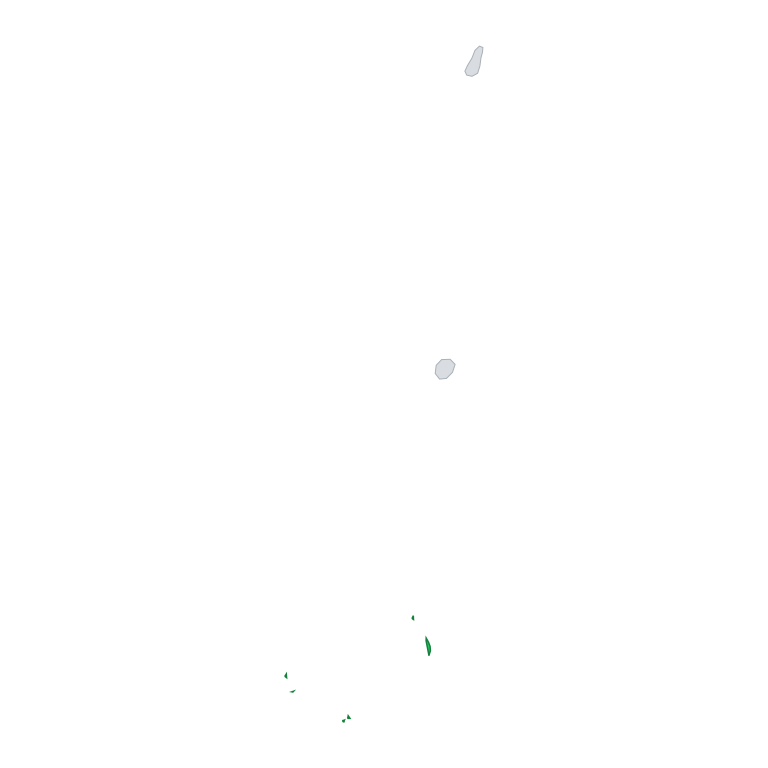 Thaa highlighted on a map of Maldives
{"feature_id": "MDV-5238", "entity_name": "Thaa", "entity_type": "Atoll", "adm_level": 1, "iso_a3": "MDV", "parent_name": "Maldives", "parent_adm1": "", "projection": "albers", "projection_center": [73.162, 2.359], "detail": "coarse", "context": "in_parent", "style": "filled", "palette": "green", "viewbox_px": 768, "rotation_deg": 0, "n_neighbors": 0, "source": "natural_earth", "source_scale": "10m", "svg_char_len": 955}
<svg xmlns="http://www.w3.org/2000/svg" viewBox="0 0 768 768"><path d="M477.6,73.3L472.0,76.3L466.7,75.1L464.9,71.2L467.5,65.5L471.9,58.2L475.0,50.3L479.5,46.1L482.9,47.5L482.5,52.0L480.9,58.1L479.9,66.0L477.6,73.3ZM446.5,378.4L439.6,379.1L435.2,373.5L436.2,365.3L441.6,359.6L450.2,359.3L455.1,364.4L452.5,372.3L446.5,378.4Z" fill="#d9dde1" stroke="#a8b0b8" stroke-width="1"/><path d="M426.2,638.1L428.5,642.2L429.8,645.7L430.1,646.5L430.4,650.9L429.0,655.2L428.9,655.2L426.1,640.8L426.2,638.1ZM286.3,674.0L286.6,677.7L285.2,676.6L285.1,675.8L285.7,675.0L286.3,674.0ZM348.2,715.8L348.7,716.5L350.0,718.4L348.0,718.4L347.7,717.8L348.0,716.9L348.2,715.8ZM413.3,615.7L413.5,619.5L413.0,619.2L412.3,618.6L412.3,617.8L412.8,616.9L413.3,615.7ZM344.4,720.1L344.1,720.8L344.1,721.5L343.9,721.9L343.0,721.6L342.8,720.7L343.1,720.4L343.7,720.4L344.4,720.1ZM293.6,691.2L292.9,692.0L291.9,691.8L293.6,691.2Z" fill="#22c55e" stroke="#15803d" stroke-width="1.5"/></svg>